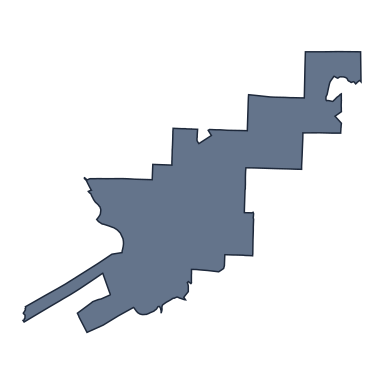 Plataresti, Calarasi, Romania (Equal Earth projection)
{"feature_id": "2599482B2519283515230", "entity_name": "Plataresti", "entity_type": "district", "adm_level": 2, "iso_a3": "ROU", "parent_name": "Romania", "parent_adm1": "Calarasi", "projection": "equal_earth", "projection_center": [26.411, 44.363], "detail": "fine", "context": "isolated", "style": "filled", "palette": "slate", "viewbox_px": 384, "rotation_deg": 0, "n_neighbors": 0, "source": "geoboundaries", "source_scale": "gbopen_adm2", "svg_char_len": 5799}
<svg xmlns="http://www.w3.org/2000/svg" viewBox="0 0 384 384"><path d="M167.9,301.4L170.2,300.1L173.2,298.2L173.9,298.2L174.1,298.2L174.3,298.2L175.1,297.8L176.5,297.2L176.9,297.1L177.1,297.1L177.3,297.1L177.8,297.2L178.1,297.4L178.9,297.7L179.4,298.0L180.0,298.2L180.7,298.4L183.0,299.2L184.5,299.7L185.5,299.8L183.8,297.3L185.6,295.0L187.7,292.4L188.3,291.6L188.3,288.2L188.3,285.9L187.8,283.8L187.3,282.6L188.4,281.6L190.5,283.3L190.9,283.6L191.0,283.5L191.3,283.1L191.5,282.7L191.4,282.2L191.4,281.8L191.4,281.3L191.4,279.4L191.4,276.5L191.4,274.7L191.5,273.8L191.5,272.6L191.5,271.2L191.5,269.4L196.4,269.5L200.3,269.9L207.7,270.5L211.2,270.9L218.7,271.8L221.0,270.3L223.6,268.5L224.4,265.7L224.8,254.9L224.9,254.7L228.5,254.8L233.8,255.0L236.0,255.0L243.5,255.2L244.5,255.4L246.6,255.5L247.5,255.5L251.8,255.7L252.6,255.8L252.8,253.6L252.8,252.8L253.0,239.7L253.3,230.7L253.3,226.8L253.6,219.3L253.6,219.2L253.3,218.2L253.2,217.8L253.3,217.2L253.6,213.7L253.5,213.4L253.3,212.8L253.1,212.3L252.2,212.7L251.8,212.8L251.4,212.9L250.6,212.8L244.7,212.7L244.3,212.6L245.0,190.0L245.1,189.7L245.3,188.7L245.3,187.6L245.3,186.5L245.4,184.8L245.4,183.0L245.4,179.7L245.4,178.3L245.4,177.2L245.5,173.8L245.6,171.1L245.7,170.0L245.8,168.9L245.9,167.8L246.4,167.8L253.7,167.9L263.6,168.2L269.3,168.4L275.9,168.6L283.7,168.8L287.8,168.9L296.1,169.2L301.6,169.3L301.6,166.0L302.1,155.8L302.6,143.1L302.8,138.7L302.9,132.9L319.8,132.8L331.9,133.1L340.7,133.1L340.7,132.1L340.9,129.2L340.9,128.3L341.0,127.9L341.1,126.8L341.1,126.1L341.4,123.3L341.1,122.9L335.0,116.2L341.4,111.7L341.3,110.0L341.3,107.9L341.2,106.4L341.2,104.1L341.3,103.0L341.3,101.3L341.4,100.4L341.3,99.2L341.3,97.6L341.3,93.9L340.2,94.5L339.2,95.6L338.6,96.1L337.6,96.8L336.8,97.4L334.8,99.5L333.0,101.2L332.6,101.4L332.3,101.4L330.6,101.0L328.6,100.6L327.6,100.5L327.1,100.6L326.7,100.7L326.3,100.4L326.0,99.6L325.9,98.4L326.0,96.6L326.6,95.5L327.1,94.5L328.4,88.4L329.4,84.0L329.8,82.7L330.0,82.1L330.8,80.7L332.9,77.8L333.8,76.4L334.1,76.3L334.3,76.4L337.4,78.1L337.9,78.1L338.1,78.0L339.2,77.2L340.2,76.8L343.6,76.9L344.3,77.1L345.0,77.3L345.7,77.6L346.2,77.9L346.7,78.2L346.8,78.3L347.0,78.5L347.3,78.9L347.4,79.3L347.6,79.6L347.7,79.9L347.8,80.1L348.0,80.4L348.3,80.7L348.6,80.9L348.8,81.1L349.0,81.2L349.6,81.4L349.8,81.5L350.2,81.8L351.0,82.4L351.3,82.5L351.5,82.4L352.9,81.8L353.4,81.7L353.7,81.7L353.8,81.8L354.0,81.9L355.7,83.9L356.8,82.9L356.9,82.6L359.5,80.5L359.9,80.6L361.0,81.8L360.6,51.8L338.0,51.6L323.7,51.8L305.4,51.8L305.0,66.0L304.3,97.9L301.1,97.9L298.0,97.8L293.6,97.7L290.7,97.7L285.0,97.4L275.0,97.2L270.6,97.0L263.0,96.2L256.6,95.5L248.6,94.7L248.4,97.3L248.2,102.6L248.0,109.4L247.7,118.2L247.3,130.7L239.3,130.5L227.5,130.3L220.0,129.8L216.3,129.8L209.6,129.5L208.2,130.3L211.4,135.5L198.9,143.6L197.8,142.1L197.0,140.5L197.0,139.4L197.0,138.6L197.0,137.9L197.2,137.3L197.2,135.3L197.6,129.3L192.2,129.1L191.6,129.1L191.3,128.9L190.9,129.0L186.5,128.9L185.6,128.7L183.5,128.7L182.0,128.7L173.1,128.3L173.1,129.0L173.0,130.3L172.9,131.3L172.9,132.1L172.9,133.2L172.8,135.1L172.8,136.2L172.8,136.7L172.8,136.9L172.7,139.7L172.6,142.4L172.5,145.5L172.4,146.7L172.4,147.8L172.2,150.2L172.2,150.9L172.2,151.2L172.2,151.5L172.2,152.5L172.1,155.9L172.0,158.0L172.0,158.4L172.0,159.8L171.9,161.1L171.9,161.5L171.9,162.8L171.9,164.6L171.9,165.1L152.8,164.4L152.2,179.7L134.5,179.2L131.8,179.0L129.9,178.9L127.9,178.8L125.6,178.7L122.2,178.6L106.4,178.7L97.3,178.6L95.5,178.7L90.3,178.7L89.6,178.8L88.1,179.5L87.0,179.9L85.6,178.6L84.7,177.8L84.5,177.7L84.4,177.8L84.4,178.3L84.4,178.5L84.5,178.7L84.8,178.9L85.6,179.6L85.9,180.0L86.4,180.6L87.2,182.2L87.6,183.1L90.0,187.8L91.3,190.1L91.2,190.1L89.1,191.1L88.3,191.4L88.5,191.7L89.7,193.0L90.6,193.5L90.9,193.9L91.7,195.9L92.9,198.1L93.6,199.6L94.7,201.2L95.5,202.3L96.9,203.5L98.5,205.1L99.3,206.3L100.0,206.9L100.3,208.0L100.7,209.2L100.8,209.8L100.8,210.4L100.6,212.0L100.4,213.6L100.3,214.0L100.3,214.3L99.8,215.1L99.2,216.2L98.2,217.6L97.6,218.4L97.0,219.1L96.7,219.4L97.0,219.8L97.9,220.9L98.8,221.8L99.8,222.4L100.8,223.1L101.8,223.8L102.7,224.1L103.6,224.2L108.8,225.9L111.2,226.8L111.4,226.9L114.0,227.8L117.3,229.9L120.3,233.0L123.0,238.7L123.4,241.3L123.5,243.7L123.4,244.8L123.2,246.5L122.6,249.3L122.2,250.8L122.0,252.6L113.7,253.9L111.9,254.2L99.5,262.5L97.2,264.0L84.7,271.9L68.8,281.9L65.5,284.0L57.7,288.5L45.7,295.2L26.9,305.9L25.4,306.7L25.7,307.8L25.6,308.1L25.1,308.8L25.4,309.5L25.4,309.9L25.0,310.5L24.1,312.0L23.4,312.9L23.3,313.3L23.5,313.6L23.9,314.0L25.1,315.2L24.9,318.4L24.4,318.7L24.3,319.4L24.1,319.9L23.0,320.4L24.1,322.0L34.3,315.9L38.0,313.7L50.1,306.5L59.7,300.9L61.2,300.0L62.8,299.0L69.9,294.9L70.9,294.3L75.9,291.2L80.1,288.5L90.4,281.6L99.8,275.2L102.5,273.3L102.8,273.3L102.9,273.6L103.8,276.2L109.3,291.7L110.2,294.0L110.3,294.5L110.0,295.0L101.0,299.0L98.5,299.5L95.8,300.5L92.7,301.7L90.6,303.4L80.5,310.9L77.4,313.2L78.6,315.7L78.8,316.1L79.0,316.9L79.4,317.7L85.2,328.9L87.0,332.4L101.2,326.0L103.2,325.1L104.5,324.3L118.4,315.8L132.5,308.0L133.3,307.5L133.6,307.5L134.1,308.0L136.4,311.2L137.9,312.8L138.5,313.1L139.7,313.9L140.0,314.0L141.4,314.4L142.6,314.6L144.3,314.5L145.4,314.4L146.4,314.4L147.1,314.1L148.9,313.4L149.4,313.1L150.4,312.6L151.4,312.2L153.8,311.2L154.5,310.6L155.1,310.1L156.0,309.5L156.6,308.9L157.7,307.1L157.9,306.7L158.1,306.6L158.8,306.5L159.4,306.5L159.6,306.7L159.9,307.2L160.5,308.4L160.7,308.7L160.8,309.0L160.8,309.3L160.7,309.6L160.8,309.9L161.0,310.1L161.1,310.3L161.1,310.5L161.1,312.1L161.1,312.6L161.3,312.6L161.6,311.5L161.8,310.9L161.8,310.5L162.0,309.9L162.0,309.6L162.0,308.7L161.9,307.6L161.9,307.3L162.0,306.8L162.0,306.4L162.1,306.1L162.3,305.6L162.5,305.1L162.7,304.9L162.8,304.8L163.1,304.5L166.4,302.2L167.9,301.4Z" fill="#64748b" stroke="#1e293b" stroke-width="1.5"/></svg>